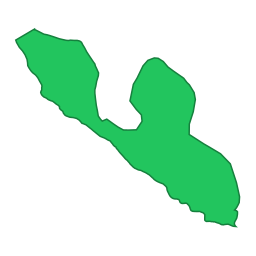 the district of Caye Manje', Gros Islet, Saint Lucia, rotated 268°
{"feature_id": "8701671B43134404703092", "entity_name": "Caye Manje'", "entity_type": "district", "adm_level": 2, "iso_a3": "LCA", "parent_name": "Saint Lucia", "parent_adm1": "Gros Islet", "projection": "robinson", "projection_center": [-60.937, 14.067], "detail": "fine", "context": "isolated", "style": "filled", "palette": "green", "viewbox_px": 256, "rotation_deg": 268, "n_neighbors": 0, "source": "geoboundaries", "source_scale": "gbopen_adm2", "svg_char_len": 3673}
<svg xmlns="http://www.w3.org/2000/svg" viewBox="0 0 256 256"><g transform="rotate(268 128 128)"><path d="M219.2,19.1L217.4,19.6L212.3,22.3L208.7,25.3L204.7,27.7L200.1,29.5L196.7,29.9L193.8,30.0L191.4,31.2L188.5,33.0L188.2,33.3L187.8,33.6L186.6,34.6L184.1,37.6L181.4,39.6L178.1,41.2L174.1,43.3L172.7,43.5L171.7,43.2L169.0,43.1L168.1,42.5L166.7,42.0L165.2,42.4L163.6,43.3L162.0,44.9L160.6,47.7L159.6,48.7L158.9,49.8L157.9,52.0L157.4,53.6L156.1,55.2L154.4,57.1L153.1,59.1L151.7,60.3L150.4,60.2L149.4,60.7L148.4,61.6L147.0,63.4L145.0,64.0L143.0,65.5L142.8,65.8L142.1,66.9L142.0,67.4L141.4,68.7L141.0,69.7L140.8,70.3L140.6,71.6L140.4,73.2L140.3,73.8L140.0,74.8L139.7,75.9L139.4,76.8L139.4,77.1L138.9,77.6L138.4,78.4L137.6,79.5L137.2,80.0L136.6,80.3L136.4,80.5L135.6,81.2L134.7,81.8L134.2,82.3L134.0,83.3L133.7,83.8L133.1,85.1L132.8,85.8L132.7,86.1L129.3,90.0L127.9,91.7L127.3,92.3L126.2,93.5L122.8,97.4L121.6,98.8L120.7,99.8L119.5,102.5L118.8,104.2L118.6,104.5L117.7,106.0L116.7,107.5L116.1,108.8L116.0,109.2L115.7,109.7L115.4,109.9L114.0,110.9L112.9,111.8L112.2,112.3L111.3,112.8L110.5,113.6L109.9,114.2L109.8,114.7L109.5,115.2L108.5,115.5L107.6,116.1L106.6,117.0L105.1,118.0L103.5,119.2L100.8,121.5L99.2,122.8L97.4,124.2L96.6,125.0L95.6,126.2L94.6,126.9L93.2,128.1L92.0,128.8L91.6,129.2L90.5,130.2L89.7,131.0L88.7,131.9L87.4,133.6L87.1,134.4L86.4,135.7L85.8,136.8L85.4,138.5L85.1,139.6L84.0,141.5L82.9,143.8L82.2,144.9L81.9,145.4L81.5,146.0L81.0,146.6L80.5,147.6L79.6,148.5L77.6,150.5L76.7,151.5L76.4,151.7L75.7,152.3L74.9,153.3L74.2,154.3L73.3,155.8L72.9,156.7L72.6,157.2L70.9,161.2L68.3,163.9L67.5,164.4L66.9,164.7L64.8,164.9L63.2,165.4L61.5,166.2L60.5,166.6L59.5,167.1L58.1,167.9L57.4,168.6L56.7,169.4L56.1,170.4L55.6,171.7L55.4,173.2L55.4,174.0L55.3,174.6L55.0,175.4L54.8,176.1L54.4,176.5L54.0,176.8L52.9,177.1L51.7,177.6L51.5,177.9L50.9,178.7L50.7,179.8L50.7,181.1L50.7,181.6L51.0,182.5L50.8,182.9L50.7,183.8L50.6,184.1L50.2,184.6L49.3,185.3L48.8,185.9L47.6,186.6L46.3,187.1L45.0,187.4L43.7,187.9L43.3,188.2L42.6,189.4L42.5,189.8L42.3,191.4L42.2,192.8L42.1,195.3L42.1,196.4L42.0,197.1L41.7,197.6L40.9,199.4L40.6,200.2L40.2,200.7L39.8,200.9L38.9,201.7L37.8,201.7L37.2,201.7L36.3,201.6L33.8,201.5L33.2,201.6L32.9,201.7L32.3,202.4L31.9,203.1L31.9,203.5L31.9,204.9L31.9,206.8L31.7,207.3L31.5,208.1L31.5,208.5L31.5,208.9L31.4,209.6L31.2,210.1L31.3,211.0L31.1,211.5L30.0,214.2L29.9,214.9L28.9,217.0L28.5,217.4L28.1,218.4L28.2,218.7L27.9,219.6L28.2,221.5L28.4,224.1L28.3,224.9L27.7,226.3L26.8,228.1L26.1,229.8L25.8,232.3L26.0,232.1L26.2,231.9L28.0,231.0L29.2,231.0L30.6,231.4L31.5,232.0L32.9,232.8L33.9,233.4L34.8,233.7L36.5,234.1L38.2,234.4L40.4,234.5L41.4,233.7L42.3,231.6L43.5,232.8L44.9,233.9L47.1,235.2L49.6,236.5L55.3,237.1L69.5,234.5L88.6,229.0L99.0,219.6L105.7,209.2L109.4,203.3L119.4,188.9L129.8,189.4L142.0,193.8L154.1,196.3L161.1,195.3L168.9,190.9L171.5,188.4L175.8,185.4L183.6,175.0L183.8,174.8L187.5,170.1L193.2,165.6L196.6,160.6L197.1,156.7L194.9,150.2L189.6,145.2L177.5,138.8L171.5,134.9L163.2,132.9L155.0,130.9L146.3,136.9L140.7,141.8L134.2,142.3L125.9,136.4L125.9,128.4L126.2,123.3L129.2,118.2L132.5,113.7L136.0,109.2L137.6,107.1L135.8,102.5L137.6,100.9L141.0,98.7L146.4,98.0L151.8,97.1L158.4,96.5L163.8,96.1L167.3,96.2L170.7,97.2L175.8,98.3L181.3,100.2L184.1,100.5L185.5,99.9L189.0,98.5L191.0,97.6L193.2,97.1L195.1,95.8L201.7,91.7L205.5,89.4L209.9,87.3L212.7,85.7L215.3,84.5L216.6,82.8L217.3,80.3L217.4,77.3L217.8,73.5L217.5,71.6L217.8,69.2L219.0,64.6L219.6,62.4L221.6,57.2L222.3,55.3L222.4,55.0L223.2,52.8L224.0,50.3L224.7,47.2L227.6,42.0L229.2,39.1L229.3,38.3L230.2,38.1L219.8,18.9L219.2,19.1Z" fill="#22c55e" stroke="#15803d" stroke-width="1.5"/></g></svg>